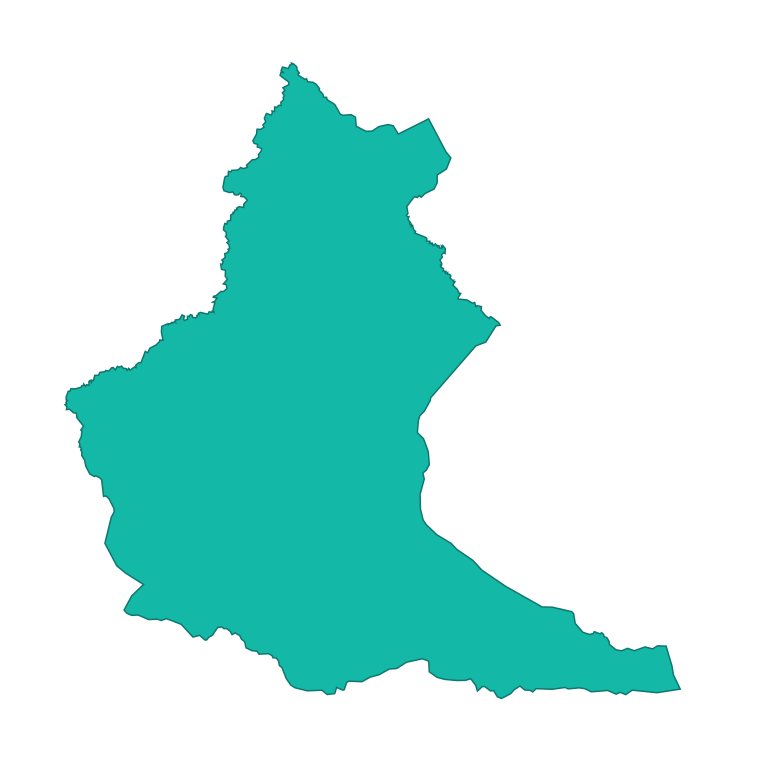 the district of Solwezi, North-Western, Zambia, rotated 184°
{"feature_id": "96606910B85168359517007", "entity_name": "Solwezi", "entity_type": "district", "adm_level": 2, "iso_a3": "ZMB", "parent_name": "Zambia", "parent_adm1": "North-Western", "projection": "albers", "projection_center": [26.494, -12.304], "detail": "fine", "context": "isolated", "style": "filled", "palette": "teal", "viewbox_px": 768, "rotation_deg": 184, "n_neighbors": 0, "source": "geoboundaries", "source_scale": "gbopen_adm2", "svg_char_len": 6115}
<svg xmlns="http://www.w3.org/2000/svg" viewBox="0 0 768 768"><g transform="rotate(184 384 384)"><path d="M358.0,651.6L387.2,634.3L392.8,642.3L398.1,643.1L407.1,640.4L413.6,635.4L419.8,634.9L429.7,639.2L431.1,648.2L435.6,650.4L443.8,649.2L446.4,650.1L452.7,659.5L460.6,663.7L461.2,665.9L464.5,666.0L465.1,668.8L469.3,672.7L468.9,674.1L472.5,678.2L475.8,680.0L481.2,680.2L482.6,683.1L484.2,682.4L490.8,686.0L491.4,687.0L490.2,688.4L492.7,691.3L493.1,694.3L496.6,697.0L498.8,697.7L498.4,696.3L500.2,695.6L501.5,692.0L507.4,693.1L508.5,689.5L506.4,687.8L508.5,687.8L509.2,684.5L500.0,678.5L499.8,676.0L505.5,672.5L503.4,670.0L505.6,667.4L503.5,664.3L504.6,662.9L504.0,660.4L506.6,657.9L506.0,654.7L508.4,654.7L510.2,652.5L512.4,652.7L512.2,648.1L514.8,648.6L514.3,646.1L515.5,644.5L520.1,645.7L521.9,640.7L520.3,637.2L522.9,633.9L521.6,631.8L524.6,629.5L528.5,629.2L528.5,624.6L531.8,617.5L530.4,615.0L526.8,614.3L527.0,611.7L522.6,610.4L522.6,608.1L525.3,604.0L524.7,601.4L527.9,599.0L531.1,598.5L536.4,592.6L535.4,590.8L536.2,590.1L539.6,589.1L542.0,590.0L544.7,587.3L550.8,586.5L551.4,585.0L554.0,585.3L554.0,580.7L556.7,579.9L557.3,578.5L558.4,568.9L557.1,565.6L551.5,564.2L548.0,565.1L546.6,562.6L544.5,562.2L542.3,562.7L541.1,564.5L539.6,563.5L539.9,561.0L536.6,561.0L533.1,557.8L536.4,553.7L536.3,550.3L540.9,550.8L543.3,549.1L542.7,547.7L545.0,547.0L545.7,544.5L546.6,544.5L546.2,543.5L548.6,542.0L548.5,536.3L551.6,535.6L551.8,532.6L553.9,533.1L554.9,528.7L554.8,526.5L552.1,524.4L551.6,521.3L552.5,520.2L548.6,515.9L550.6,514.1L548.4,512.2L547.4,508.5L549.0,507.5L548.0,506.0L549.7,503.9L551.9,503.0L551.3,499.0L554.4,496.3L552.9,494.8L553.6,492.4L555.3,492.2L554.0,487.0L550.1,486.4L549.9,480.4L547.5,477.5L551.3,472.6L548.2,472.1L547.4,468.2L550.6,465.0L553.1,465.0L557.6,460.5L560.3,459.5L560.3,458.6L556.5,458.1L558.4,454.9L560.6,453.7L558.4,453.3L559.7,446.6L558.7,443.7L560.5,444.7L560.7,443.4L563.4,443.9L564.6,441.4L572.3,442.6L574.1,441.5L573.6,440.4L575.4,439.5L575.2,438.0L576.6,436.8L579.6,437.3L580.3,439.3L581.8,439.7L583.1,437.9L584.8,437.9L584.5,434.9L587.6,433.4L588.5,434.8L587.7,437.8L590.3,438.8L592.4,434.3L596.6,433.3L596.2,431.2L597.0,432.0L598.9,430.0L599.8,430.8L601.9,428.9L603.5,429.2L603.6,428.0L604.8,428.6L609.7,426.0L609.7,420.3L607.5,412.2L610.8,412.3L610.9,410.7L614.0,407.1L620.1,403.3L621.9,398.6L624.4,399.9L627.9,388.2L629.9,388.3L632.9,385.6L632.5,383.2L633.9,383.7L638.3,380.1L639.7,381.8L641.1,379.7L642.1,381.3L645.2,381.6L647.0,383.5L650.1,382.3L651.2,383.0L653.0,379.4L655.2,381.5L656.8,381.2L659.5,377.7L662.4,378.1L663.3,376.9L668.2,375.8L669.4,372.8L673.2,372.4L674.0,367.2L675.9,367.4L676.0,365.3L677.4,367.1L678.6,365.7L678.1,362.3L680.6,362.5L681.3,360.9L683.5,363.0L683.5,361.5L685.2,361.4L685.9,359.7L691.5,357.6L696.0,357.5L696.8,354.9L698.5,354.7L700.2,348.9L699.9,345.9L698.6,345.6L700.0,343.5L699.3,341.9L700.8,341.1L698.6,339.1L699.0,336.3L695.8,336.9L692.0,333.7L688.7,333.4L688.1,329.0L680.8,321.0L683.3,317.0L682.1,316.0L682.3,310.3L684.5,304.8L683.2,303.1L683.5,300.0L682.5,300.4L681.2,297.7L682.0,297.2L680.5,294.7L680.6,291.7L677.4,287.2L675.7,281.1L671.2,273.7L666.4,271.5L665.5,272.3L661.5,270.9L659.0,268.9L655.9,252.3L653.3,252.9L650.3,250.3L644.7,241.0L644.3,237.4L646.8,232.0L651.3,205.6L637.8,183.9L628.5,177.3L609.9,167.2L620.9,155.1L627.5,140.4L624.6,137.4L619.6,135.6L613.2,136.4L602.3,132.6L593.6,133.6L589.8,132.5L584.9,134.7L580.0,133.4L569.5,130.1L556.9,118.2L550.4,120.4L544.7,116.1L542.9,116.4L541.1,119.2L537.7,121.3L532.9,129.6L528.8,130.3L526.5,128.7L523.9,129.1L520.2,126.6L518.1,123.4L515.0,125.3L510.3,122.9L508.5,119.6L505.1,117.3L503.1,111.1L497.2,108.8L491.9,108.5L489.9,105.8L480.3,106.9L476.7,105.2L475.6,103.1L472.4,103.2L469.9,100.4L468.7,95.8L466.0,94.0L461.0,83.4L456.1,77.2L451.7,74.8L439.2,72.6L424.6,74.2L419.0,70.3L411.6,71.7L410.1,78.0L403.7,75.7L402.3,76.3L400.4,83.7L398.3,85.1L385.2,85.5L377.4,90.6L368.5,93.7L358.9,100.0L351.4,101.1L342.2,108.0L326.5,112.6L320.0,110.6L318.8,100.1L310.7,95.1L303.1,93.6L291.2,93.3L282.3,94.0L276.9,96.0L271.4,89.7L269.4,84.2L264.7,89.1L262.2,89.1L256.5,85.3L253.2,85.7L249.1,79.9L244.9,78.5L236.2,83.8L232.6,88.3L227.3,92.2L222.3,88.6L217.1,88.7L214.2,87.2L211.0,90.7L195.0,91.2L182.2,93.9L179.0,92.7L168.2,94.5L162.4,94.1L155.7,91.4L139.4,93.9L130.8,90.8L126.9,92.9L121.2,91.0L115.0,95.9L90.2,95.1L67.2,100.3L74.9,113.9L77.1,122.9L84.3,142.2L92.9,141.9L97.5,138.5L105.2,139.9L115.7,135.4L122.6,137.3L128.4,134.4L134.1,135.1L141.0,140.0L141.5,142.9L143.9,146.4L146.9,147.4L147.5,149.5L149.6,151.1L150.9,149.8L156.9,151.6L157.8,149.7L161.2,148.5L168.2,150.1L176.6,158.6L178.8,168.1L180.9,170.0L200.6,173.1L210.7,172.6L248.3,190.5L273.5,205.2L283.1,214.3L299.7,224.0L305.9,229.7L320.7,237.2L331.9,246.5L335.4,250.9L338.9,261.7L340.3,276.5L337.2,292.0L339.0,297.8L335.8,301.0L333.2,306.7L335.1,319.3L337.2,324.4L340.8,332.2L347.3,337.8L347.2,349.5L346.1,354.7L341.8,359.8L336.7,370.7L336.5,373.5L295.0,428.5L285.4,432.9L276.4,449.7L272.2,450.8L274.0,453.4L281.5,458.3L282.7,458.5L283.6,456.7L287.6,459.3L292.4,464.3L292.2,468.0L296.5,468.6L297.8,467.6L299.2,471.6L301.4,470.8L307.2,473.7L315.8,473.9L316.0,475.6L313.4,480.1L314.8,479.2L317.7,483.7L322.2,487.4L320.4,491.0L321.7,490.8L321.7,492.3L322.4,491.8L325.6,494.4L324.8,496.2L326.2,498.0L328.4,498.0L328.3,499.6L329.9,498.6L330.8,499.5L330.0,500.7L332.9,500.8L332.7,503.1L335.7,504.9L334.9,506.1L335.9,506.8L334.6,507.8L336.9,511.7L334.6,514.7L335.5,516.0L334.9,518.0L333.7,518.9L332.2,518.4L332.3,523.3L335.0,526.2L335.5,524.7L336.2,525.4L335.8,523.5L338.2,523.6L338.4,525.4L339.9,526.0L340.2,524.9L342.6,527.4L344.6,525.5L345.5,527.7L346.3,526.9L347.2,528.3L348.4,527.4L348.3,529.6L351.6,529.5L351.4,532.0L352.5,533.1L363.7,536.7L363.1,538.3L365.3,540.1L366.5,544.0L367.8,543.0L367.7,544.9L369.1,544.7L369.6,546.6L368.7,546.6L371.5,549.8L370.8,552.7L372.0,552.3L373.5,553.7L372.0,555.6L373.6,562.7L367.9,571.4L366.2,573.0L363.8,572.3L362.1,574.5L359.9,572.9L356.2,577.0L347.7,581.9L345.0,588.4L345.5,596.2L336.7,602.9L333.1,614.2L338.5,620.1L358.0,651.6Z" fill="#14b8a6" stroke="#0f766e" stroke-width="1.5"/></g></svg>